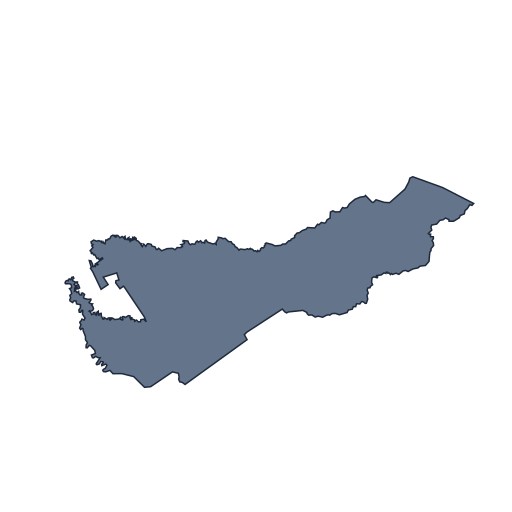 Lules, Tucumán, Argentina, rotated 134°
{"feature_id": "61730980B17356077685479", "entity_name": "Lules", "entity_type": "district", "adm_level": 2, "iso_a3": "ARG", "parent_name": "Argentina", "parent_adm1": "Tucumán", "projection": "mercator", "projection_center": [-65.336, -26.881], "detail": "fine", "context": "isolated", "style": "filled", "palette": "slate", "viewbox_px": 512, "rotation_deg": 134, "n_neighbors": 0, "source": "geoboundaries", "source_scale": "gbopen_adm2", "svg_char_len": 6154}
<svg xmlns="http://www.w3.org/2000/svg" viewBox="0 0 512 512"><g transform="rotate(134 256 256)"><path d="M132.2,208.7L136.0,208.8L136.7,210.1L136.4,219.3L137.7,219.2L141.3,222.0L146.4,224.2L153.7,225.0L157.8,224.1L159.9,225.5L161.0,227.4L166.0,226.4L169.3,229.7L170.1,232.1L172.7,233.0L177.3,229.1L180.4,230.0L183.6,229.1L184.8,229.6L186.5,232.3L189.7,232.4L190.4,233.8L195.0,233.2L199.7,238.7L201.9,238.6L205.5,240.4L209.2,241.0L210.9,242.4L214.7,242.3L215.8,241.0L219.5,242.4L220.8,241.8L222.4,243.0L226.9,243.1L228.8,245.1L231.0,245.5L235.6,249.4L236.4,252.2L239.5,257.7L240.7,258.0L241.3,257.0L242.7,257.2L243.6,256.3L245.4,256.5L245.9,257.6L247.8,257.7L248.8,256.8L250.7,257.0L250.7,258.6L252.3,258.3L252.5,260.0L253.9,261.0L253.6,262.4L253.9,264.0L254.7,264.4L254.5,265.4L256.2,265.7L256.7,267.2L258.9,268.2L262.0,272.2L263.6,272.3L263.2,275.9L263.8,277.3L263.0,279.5L263.6,281.6L263.0,283.8L264.7,285.8L264.7,290.5L266.6,291.9L266.9,293.4L268.8,296.2L270.0,295.1L273.8,294.3L275.3,292.7L275.5,294.4L277.2,295.2L279.7,300.5L279.2,303.0L280.2,303.4L282.4,302.0L282.9,303.6L284.0,304.1L283.5,306.4L286.2,307.0L285.9,308.6L287.0,309.0L290.1,308.2L291.7,310.5L293.4,310.9L293.5,313.2L292.5,315.4L295.5,319.2L296.4,318.5L295.8,317.2L296.2,316.4L297.6,316.4L299.9,317.9L299.7,316.5L300.3,315.4L301.3,316.1L302.1,315.8L304.7,318.6L307.5,318.5L308.6,321.5L312.5,325.1L317.8,327.5L318.1,331.5L319.9,331.5L320.5,332.2L319.6,335.1L321.2,337.7L320.4,339.3L321.9,342.0L322.7,342.6L325.6,342.0L325.4,345.0L328.3,344.3L327.8,346.7L326.6,346.7L327.4,348.3L327.1,350.7L327.9,353.1L326.6,354.4L326.8,356.6L327.3,356.8L327.4,355.4L328.2,354.8L329.4,355.4L328.1,356.9L328.3,357.6L330.0,355.8L332.1,356.6L330.1,357.1L330.9,358.4L332.5,357.1L332.2,359.6L331.0,360.3L332.5,360.7L333.4,359.6L334.4,361.7L332.8,363.9L334.0,364.1L335.0,362.8L335.0,365.9L337.4,366.5L337.2,369.5L337.8,370.5L339.8,369.9L340.1,371.0L339.0,370.5L338.8,371.2L340.7,373.6L342.6,374.0L345.2,373.2L346.4,374.2L347.6,373.9L348.8,375.2L352.1,373.1L352.5,374.1L352.0,376.0L353.0,375.6L353.5,376.2L352.9,377.8L353.6,377.9L354.1,379.8L355.9,380.8L357.3,383.8L360.4,384.5L361.5,382.8L361.1,381.0L362.8,381.2L363.1,379.2L367.4,379.0L367.7,377.0L368.5,376.4L368.4,375.8L367.5,375.7L367.9,373.3L367.0,373.0L368.3,368.5L367.2,368.1L367.6,366.4L364.1,365.3L364.4,364.3L371.7,365.7L371.8,363.8L372.9,364.0L372.8,365.9L373.4,366.1L375.1,364.5L375.3,365.4L376.5,365.3L377.0,366.1L375.4,367.7L374.1,371.5L375.1,372.8L378.6,366.6L379.8,366.6L380.8,362.4L387.6,344.3L379.3,342.5L377.3,351.2L364.9,344.4L368.4,338.0L371.1,339.6L372.8,338.3L374.0,331.1L369.8,330.4L370.0,328.3L377.4,294.0L379.5,289.2L379.5,292.9L381.9,294.6L383.5,293.4L385.1,294.9L385.1,297.4L387.2,297.9L386.3,298.9L387.1,300.8L388.7,301.9L388.3,302.8L387.4,301.9L386.6,302.4L387.8,304.0L386.6,305.0L387.6,306.4L391.0,307.3L391.4,309.0L392.3,309.8L393.4,309.6L393.8,307.8L394.7,307.5L395.6,309.2L394.4,310.7L396.5,310.8L399.8,313.4L400.3,316.0L403.6,316.4L403.6,317.4L401.5,317.6L403.3,319.3L405.0,319.1L405.8,322.5L407.0,321.6L407.7,322.1L406.7,325.4L404.8,327.5L405.7,328.3L407.6,327.8L408.0,328.4L405.3,331.1L406.9,331.4L409.6,329.9L409.8,331.2L408.5,332.7L409.8,333.7L411.2,332.8L412.3,333.5L411.4,336.0L411.7,337.7L411.0,337.8L410.4,336.5L408.7,335.7L406.8,336.2L405.6,338.5L405.5,340.2L404.0,340.3L405.3,342.2L405.5,343.7L402.2,344.2L401.7,344.9L403.9,346.8L405.8,350.1L405.6,351.4L402.7,352.6L403.0,355.0L404.1,355.7L405.1,354.3L406.2,355.4L406.1,357.2L404.7,359.0L406.7,359.4L406.3,361.4L407.6,362.1L406.7,362.7L405.2,362.4L405.8,363.6L405.0,364.2L403.4,362.4L403.4,361.2L401.5,360.7L400.0,363.9L401.9,364.8L402.7,363.0L403.5,363.1L403.6,364.4L402.6,365.8L403.0,367.0L400.8,367.5L399.6,365.6L398.7,366.4L400.4,368.0L401.1,370.7L400.5,371.8L398.6,371.5L398.0,372.9L399.3,373.7L401.8,372.8L402.2,374.5L404.4,373.9L404.4,374.7L406.3,375.4L408.0,374.7L408.3,373.7L405.7,371.1L405.0,369.7L405.3,368.5L406.9,366.6L409.0,367.5L409.5,364.9L411.2,362.4L413.6,362.6L414.9,360.2L416.8,359.6L417.5,358.6L416.9,355.6L414.7,355.7L413.4,354.3L415.1,351.8L413.0,348.4L415.2,346.4L417.8,346.0L419.2,344.1L418.3,343.0L416.1,343.6L415.5,342.8L418.4,340.3L419.4,335.9L421.5,335.2L422.3,337.4L424.1,336.7L425.4,337.0L426.4,336.3L427.0,334.2L430.4,332.8L430.7,331.0L428.7,330.8L428.6,329.7L429.7,328.6L432.4,322.7L434.7,320.5L435.4,317.0L437.9,316.4L440.0,314.6L439.3,313.6L436.1,313.9L435.5,312.5L435.9,306.4L437.7,303.8L441.6,305.6L442.8,303.0L442.1,302.0L439.5,301.6L438.9,299.1L437.5,297.4L444.3,296.2L444.8,295.6L444.7,294.9L442.6,293.8L439.7,294.4L438.4,292.5L438.9,291.7L441.2,291.8L442.0,290.7L438.3,289.1L437.9,288.3L438.3,287.3L441.3,286.4L443.9,287.1L444.9,286.5L445.0,285.3L443.7,283.6L439.8,281.7L440.0,277.1L433.8,270.8L427.7,260.2L427.9,245.0L423.2,241.0L397.4,235.6L394.3,230.4L396.2,227.5L398.4,226.0L399.5,223.4L398.1,221.1L397.7,217.8L322.4,204.3L320.7,209.7L317.2,209.7L275.9,200.2L276.2,196.6L275.7,194.5L273.7,193.8L262.6,184.5L261.3,180.3L262.0,179.1L262.0,177.1L259.6,174.8L258.8,171.0L256.1,169.5L253.7,165.5L249.8,164.2L248.1,163.2L247.3,161.8L244.6,161.3L242.0,158.8L240.4,155.2L233.4,151.2L230.7,152.0L227.4,149.8L224.8,150.8L223.2,149.1L220.6,150.5L218.3,148.0L215.4,148.4L214.4,146.9L214.2,144.5L213.4,143.8L209.5,145.6L207.2,148.8L204.7,149.5L203.3,152.4L201.3,153.3L199.6,151.9L198.5,152.6L195.7,152.2L194.6,154.6L191.3,157.3L189.2,156.8L187.5,153.7L186.6,153.9L186.9,155.3L186.3,155.7L182.7,152.8L179.3,152.2L178.3,150.4L177.0,150.9L176.4,150.0L176.8,149.3L175.7,148.2L176.0,146.4L174.5,146.3L174.4,145.0L171.1,143.3L170.0,140.5L164.4,139.8L162.4,138.2L161.5,135.8L156.4,134.2L152.0,131.2L149.4,131.0L145.1,127.5L139.7,127.8L132.7,133.5L130.5,133.9L129.1,135.2L125.1,135.5L123.4,137.5L122.6,140.0L120.3,140.4L119.0,141.8L120.9,143.9L119.0,145.6L120.0,146.2L120.2,147.6L115.2,147.6L113.9,150.1L111.6,151.1L107.5,148.2L102.7,148.5L99.8,146.5L97.1,146.1L95.8,142.5L96.9,141.3L93.7,138.0L87.3,136.3L85.0,137.2L81.0,135.4L78.2,137.2L75.2,136.9L70.6,137.9L69.6,135.8L67.0,135.9L77.1,169.2L90.1,198.3L93.1,199.4L96.7,197.5L104.5,195.3L124.8,196.9L128.3,201.0L132.2,208.7Z" fill="#64748b" stroke="#1e293b" stroke-width="1.5"/></g></svg>